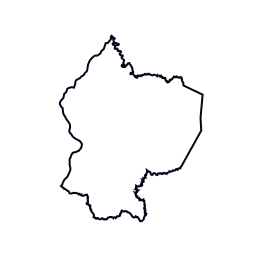 Cimitarra, Santander, Colombia (Robinson projection), rotated 343°
{"feature_id": "7082276B77867476816808", "entity_name": "Cimitarra", "entity_type": "district", "adm_level": 2, "iso_a3": "COL", "parent_name": "Colombia", "parent_adm1": "Santander", "projection": "robinson", "projection_center": [-74.255, 6.422], "detail": "fine", "context": "isolated", "style": "outline", "palette": "ink", "viewbox_px": 256, "rotation_deg": 343, "n_neighbors": 0, "source": "geoboundaries", "source_scale": "gbopen_adm2", "svg_char_len": 5816}
<svg xmlns="http://www.w3.org/2000/svg" viewBox="0 0 256 256"><g transform="rotate(343 128 128)"><path d="M46.9,163.9L48.7,166.4L48.7,167.1L48.9,167.3L49.2,166.9L52.1,170.7L52.7,171.0L53.0,173.2L53.3,173.6L54.6,174.1L57.2,174.1L57.7,174.6L59.0,174.7L60.6,175.8L61.5,177.1L62.5,176.8L62.9,178.1L64.1,178.0L64.0,178.8L64.5,179.5L65.4,179.8L68.0,179.4L68.6,179.7L68.9,180.6L69.3,180.3L69.6,182.2L69.2,182.7L69.2,183.3L68.7,183.6L68.8,184.4L68.1,185.7L68.4,186.2L68.0,187.3L67.7,187.9L66.5,187.8L66.3,188.2L66.5,188.9L68.6,190.1L68.4,190.9L69.1,191.4L68.6,191.9L68.9,192.3L68.3,193.5L68.6,193.9L68.3,195.3L68.5,196.0L68.8,195.9L68.6,197.0L70.0,200.5L69.7,202.8L69.2,203.2L69.8,203.4L70.0,204.2L70.4,204.4L70.4,205.0L70.9,205.3L71.0,204.9L71.4,204.9L71.5,205.3L72.2,205.1L72.8,205.4L72.7,205.7L73.4,205.8L73.6,206.6L74.4,207.2L76.4,207.1L76.9,206.7L77.5,207.3L77.7,208.1L78.4,208.6L79.0,208.3L80.3,209.0L80.7,208.7L81.4,209.0L82.7,207.8L84.0,208.0L84.5,207.8L86.3,208.3L86.6,208.8L87.5,209.1L87.6,209.6L87.9,209.2L89.3,209.6L89.7,210.4L90.1,210.0L90.5,210.3L90.9,210.1L91.0,209.7L91.9,209.2L93.0,209.7L94.7,209.5L94.7,208.8L95.2,208.6L95.4,207.7L96.4,207.3L96.5,206.7L97.2,206.4L97.3,205.7L97.8,205.7L98.1,205.2L99.6,206.8L100.9,206.5L102.5,207.4L102.7,208.2L104.1,209.0L104.6,209.7L105.8,212.0L106.3,214.1L106.9,214.9L108.1,215.5L109.4,214.6L110.2,215.3L110.1,215.6L110.9,215.8L110.8,216.3L111.6,216.8L112.3,220.5L113.0,221.0L114.3,221.0L116.3,219.8L118.0,217.1L118.7,216.6L119.0,216.6L119.0,216.9L119.7,216.6L119.8,216.1L119.4,216.0L119.2,215.3L119.9,215.2L119.4,214.8L119.9,214.1L119.4,213.7L119.8,213.0L119.7,212.5L120.5,212.3L120.5,211.2L120.0,210.3L120.4,210.2L120.1,209.8L120.1,209.4L120.6,209.4L120.6,208.6L121.2,208.3L121.4,207.6L121.2,206.6L121.6,206.4L121.3,205.9L121.9,204.7L121.8,203.5L122.2,202.7L121.6,202.2L122.0,201.8L121.9,201.4L121.3,201.3L121.5,200.9L120.9,201.0L120.9,200.4L120.7,201.0L119.6,200.6L119.2,200.9L118.6,200.1L119.1,200.0L118.9,199.5L118.4,199.5L118.6,199.2L118.4,198.8L117.9,199.4L117.9,198.3L117.4,198.2L117.2,197.3L116.8,197.1L116.7,196.0L116.0,196.3L116.0,195.5L116.3,195.3L115.7,194.7L116.1,194.0L115.9,193.1L116.4,192.9L116.1,192.2L116.5,192.5L117.0,191.8L117.7,191.9L117.8,191.4L118.5,191.3L118.9,191.0L118.7,190.6L119.5,190.4L117.6,189.2L117.7,188.8L117.3,188.6L118.3,188.2L118.0,187.7L118.9,185.6L119.6,186.8L120.5,187.1L120.9,186.7L122.4,187.1L122.9,186.6L123.2,187.0L123.5,186.4L124.0,187.1L124.8,187.1L125.0,186.3L124.8,184.8L125.1,184.1L125.6,184.6L126.0,184.0L126.8,184.0L126.8,183.0L126.3,182.6L126.4,182.2L126.9,182.4L126.7,181.8L127.3,182.2L127.3,181.0L127.7,181.9L127.9,180.9L128.2,181.3L129.1,180.8L129.7,179.6L130.2,180.0L130.0,178.9L130.6,177.7L130.6,178.7L131.0,178.1L131.7,178.4L131.9,178.1L131.8,177.5L132.5,176.6L133.6,176.1L133.8,173.9L135.1,175.7L136.4,176.6L136.4,179.1L136.8,179.7L137.6,180.0L138.7,178.8L139.9,178.8L140.4,179.0L141.4,181.1L142.3,181.5L142.4,180.9L143.0,180.4L144.2,180.4L144.8,180.9L145.4,180.6L146.2,181.0L146.4,181.5L146.9,181.3L147.1,181.6L147.7,181.5L147.7,181.9L149.3,181.6L149.3,182.0L150.1,182.0L151.5,183.2L152.0,182.4L154.0,182.4L154.8,182.0L155.0,181.5L156.1,182.3L157.2,182.3L158.0,181.8L158.6,182.1L158.7,181.8L161.0,182.3L162.0,181.4L162.8,182.1L163.2,181.5L163.5,181.6L163.7,182.3L165.4,181.3L166.3,181.8L167.4,180.3L167.9,180.2L197.3,151.9L200.3,139.6L209.1,117.9L193.6,103.7L193.5,102.7L194.0,101.8L194.1,100.7L193.6,99.7L193.5,98.4L193.8,97.6L193.6,96.8L194.0,96.2L193.5,94.7L192.1,95.0L192.1,94.7L190.5,94.2L189.7,92.9L189.2,92.9L188.8,93.5L188.4,93.4L188.4,92.9L187.6,92.8L186.9,92.2L186.1,93.2L185.1,93.4L184.6,94.2L182.8,94.2L182.9,94.6L181.8,94.6L181.8,94.9L181.0,95.9L180.3,95.9L180.5,95.5L180.0,95.3L179.8,96.0L179.5,96.0L179.5,95.5L178.9,95.2L178.9,94.9L178.7,95.0L178.7,94.6L178.0,94.0L178.0,92.6L178.3,92.2L178.1,91.4L177.7,91.3L177.9,90.9L177.1,90.8L176.6,90.2L175.9,90.5L175.4,90.3L175.0,89.2L175.4,89.2L175.5,88.9L174.8,88.1L174.9,87.6L174.2,87.5L173.7,87.9L173.6,87.3L172.4,86.7L171.4,87.0L171.4,86.6L171.0,87.0L170.5,85.9L168.4,84.5L167.1,84.9L165.1,83.7L164.3,82.6L163.7,82.7L163.3,82.2L163.1,82.5L160.6,82.1L160.6,81.4L160.2,81.2L158.3,81.8L157.4,81.4L156.9,82.1L155.9,82.1L155.5,81.5L154.8,82.0L153.5,81.0L153.0,81.3L153.0,80.7L152.2,80.6L151.5,81.3L151.4,81.9L150.9,81.3L150.8,81.6L150.5,81.1L150.3,81.6L149.9,81.6L148.6,77.8L147.8,77.4L146.6,77.5L146.1,77.0L146.8,76.0L148.9,76.6L149.4,76.2L149.2,73.4L149.7,71.9L149.2,70.8L149.2,69.1L148.2,67.5L148.4,66.4L147.0,66.1L144.6,68.0L142.8,67.0L142.7,68.8L140.8,68.1L140.1,66.9L140.2,66.4L140.8,65.8L142.4,66.7L142.9,66.3L142.5,64.4L143.8,62.8L144.1,61.8L142.6,59.6L142.4,58.6L142.8,58.0L144.0,57.8L144.2,57.1L142.2,56.0L141.6,55.3L141.9,54.3L143.5,53.4L143.4,52.3L142.6,51.7L141.1,51.7L140.7,51.2L141.2,49.6L140.9,48.9L139.1,48.7L138.5,48.3L139.3,46.5L140.1,45.6L141.1,45.4L142.7,45.9L143.7,45.4L143.4,44.6L142.2,44.2L141.0,42.9L139.7,43.2L138.5,44.3L138.0,44.0L137.9,42.9L139.8,41.9L139.7,39.4L140.6,38.8L141.4,38.7L141.5,38.3L141.2,38.0L139.9,37.7L140.0,36.2L139.1,35.0L138.0,36.3L137.8,37.9L133.7,40.7L131.5,40.3L128.0,45.3L125.1,46.6L123.5,48.6L119.9,49.8L118.1,49.2L116.4,49.4L114.0,50.5L111.1,52.4L108.2,55.9L106.4,59.8L105.2,61.7L102.7,62.9L101.4,64.3L100.5,64.7L98.7,65.0L96.7,66.2L92.3,67.1L91.1,68.6L90.4,70.4L88.1,73.6L85.8,72.4L82.1,72.5L81.4,72.8L79.5,75.4L76.9,76.8L74.9,80.5L72.2,82.0L70.4,83.6L69.9,84.9L70.0,86.1L70.2,87.7L71.3,90.0L70.5,94.0L70.4,96.4L71.0,97.9L71.5,100.9L73.2,106.0L73.4,107.5L73.0,110.1L70.9,113.8L70.9,115.2L72.0,117.7L72.7,120.2L74.7,123.0L78.0,126.2L79.2,129.1L79.0,130.6L78.2,132.2L77.0,133.6L74.2,135.4L71.2,135.7L68.3,135.5L66.6,136.5L62.7,141.4L62.4,143.4L61.6,145.2L61.2,149.5L60.3,151.7L56.6,156.1L55.2,157.3L52.4,158.6L49.5,161.3L48.7,162.9L46.9,163.9Z" fill="none" stroke="#020617" stroke-width="2"/></g></svg>